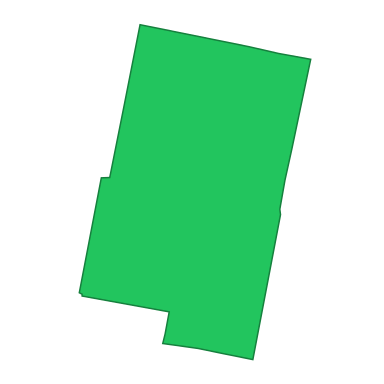 outline of Aitkin, Minnesota, United States of America, rotated 11°
{"feature_id": "52423323B37337863606153", "entity_name": "Aitkin", "entity_type": "district", "adm_level": 2, "iso_a3": "USA", "parent_name": "United States of America", "parent_adm1": "Minnesota", "projection": "mercator", "projection_center": [-93.376, 46.592], "detail": "fine", "context": "isolated", "style": "filled", "palette": "green", "viewbox_px": 384, "rotation_deg": 11, "n_neighbors": 0, "source": "geoboundaries", "source_scale": "gbopen_adm2", "svg_char_len": 429}
<svg xmlns="http://www.w3.org/2000/svg" viewBox="0 0 384 384"><g transform="rotate(11 192 192)"><path d="M283.2,39.1L250.4,39.5L220.1,38.5L109.1,37.7L108.9,118.3L108.5,193.5L100.3,195.4L100.6,312.4L103.6,313.3L104.0,315.1L192.5,314.0L192.7,336.6L192.2,346.3L227.9,344.4L253.4,344.7L283.7,344.9L283.4,253.4L283.2,197.3L281.5,192.2L281.0,162.5L281.8,131.1L283.2,39.1Z" fill="#22c55e" stroke="#15803d" stroke-width="1.5"/></g></svg>